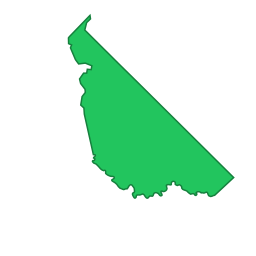 outline of Wayne, Pennsylvania, United States of America, rotated 137°
{"feature_id": "52423323B52307790790570", "entity_name": "Wayne", "entity_type": "district", "adm_level": 2, "iso_a3": "USA", "parent_name": "United States of America", "parent_adm1": "Pennsylvania", "projection": "albers", "projection_center": [-75.192, 41.616], "detail": "fine", "context": "isolated", "style": "filled", "palette": "green", "viewbox_px": 256, "rotation_deg": 137, "n_neighbors": 0, "source": "geoboundaries", "source_scale": "gbopen_adm2", "svg_char_len": 2527}
<svg xmlns="http://www.w3.org/2000/svg" viewBox="0 0 256 256"><g transform="rotate(137 128 128)"><path d="M84.5,19.7L88.5,120.8L89.7,151.3L91.0,181.8L92.8,229.1L86.4,233.3L81.0,233.4L79.0,236.3L108.5,234.8L110.1,234.5L113.9,230.2L112.6,227.2L115.4,225.9L119.8,213.8L120.4,208.5L115.0,204.6L112.0,198.2L115.1,195.8L117.7,198.7L120.8,196.3L123.1,198.4L130.0,196.9L132.3,192.8L133.0,185.6L135.0,183.1L140.1,182.3L146.9,177.0L146.6,172.7L150.5,167.9L171.5,132.1L170.4,131.0L170.4,130.4L171.1,129.9L171.9,129.7L173.0,129.9L173.6,129.6L173.5,129.1L173.2,128.2L173.5,127.7L174.8,127.3L175.2,127.5L176.0,128.1L176.6,128.0L176.9,127.5L177.0,125.9L176.0,123.6L175.9,123.1L175.8,120.8L175.9,116.7L175.6,114.9L174.8,113.3L174.1,113.1L173.8,112.9L173.6,112.2L173.8,111.6L175.0,110.4L175.3,110.0L175.3,109.3L175.0,107.6L174.2,105.6L173.5,104.4L172.0,102.8L171.6,102.0L171.7,101.5L172.1,100.8L173.2,100.7L175.1,101.1L175.4,101.0L175.6,100.6L175.7,100.1L174.8,96.7L174.6,94.4L175.0,91.7L174.9,89.5L173.3,86.1L172.4,85.5L171.7,85.3L170.8,84.9L170.5,84.4L170.1,84.1L169.4,84.2L166.5,85.0L166.0,85.0L164.8,84.8L164.3,84.2L164.1,83.8L164.1,83.4L164.2,82.1L164.3,81.2L164.5,79.9L164.7,79.5L166.5,77.1L167.5,76.8L168.9,77.1L169.6,76.8L169.9,76.5L170.4,75.5L170.9,73.7L171.0,72.7L170.9,72.2L170.4,71.8L169.6,71.8L169.3,71.9L168.0,72.8L167.2,72.8L166.4,72.3L165.0,70.9L162.2,69.7L161.9,68.9L161.8,68.4L161.9,67.5L162.2,65.8L162.2,64.6L162.0,63.8L161.7,63.5L161.1,63.2L159.1,63.4L158.5,63.4L156.5,61.4L155.8,61.5L155.2,61.7L153.9,62.4L153.1,62.5L152.1,62.0L151.5,61.5L151.1,60.9L150.5,59.4L150.7,57.2L150.5,56.3L150.2,55.9L149.3,55.6L148.9,55.7L148.4,56.4L148.1,57.6L147.7,58.5L147.3,59.0L147.1,59.2L146.7,59.1L146.3,58.8L146.0,58.5L145.8,57.7L145.1,57.1L144.4,56.7L143.1,56.4L141.9,56.5L140.8,57.1L139.7,59.0L139.0,59.9L138.5,59.9L137.3,59.3L136.7,58.7L135.8,57.5L135.3,57.1L134.8,57.2L133.9,58.2L133.2,58.6L131.8,58.5L131.2,58.1L130.7,57.4L130.6,56.9L130.5,56.1L131.0,55.4L131.7,54.9L131.9,54.3L131.2,52.4L130.7,52.1L129.7,51.8L129.0,51.4L128.7,49.8L128.7,48.7L129.7,47.3L129.8,45.9L129.3,44.6L128.1,42.3L127.9,41.6L127.9,40.3L127.7,38.4L127.3,36.9L125.2,35.7L124.8,35.1L124.7,34.5L124.8,33.0L124.3,32.4L123.2,32.4L122.9,32.6L122.6,32.9L122.7,34.0L122.1,34.2L120.8,34.0L120.3,33.7L119.1,32.5L118.7,30.6L118.2,30.4L116.8,28.6L115.4,28.0L114.7,27.8L114.1,27.2L114.0,26.8L115.0,24.0L115.1,23.3L114.3,21.6L113.2,20.9L111.7,20.4L110.5,19.7L101.5,19.7L95.3,19.7L94.4,19.7L85.8,19.7L84.5,19.7Z" fill="#22c55e" stroke="#15803d" stroke-width="1.5"/></g></svg>